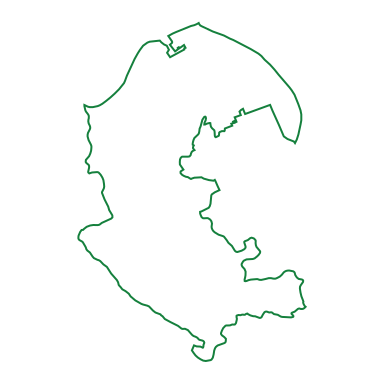 outline of Hoa Lu, Ninh Bình, Vietnam
{"feature_id": "81297802B36566531846362", "entity_name": "Hoa Lu", "entity_type": "district", "adm_level": 2, "iso_a3": "VNM", "parent_name": "Vietnam", "parent_adm1": "Ninh Bình", "projection": "orthographic", "projection_center": [105.938, 20.25], "detail": "fine", "context": "isolated", "style": "outline", "palette": "green", "viewbox_px": 384, "rotation_deg": 0, "n_neighbors": 0, "source": "geoboundaries", "source_scale": "gbopen_adm2", "svg_char_len": 6000}
<svg xmlns="http://www.w3.org/2000/svg" viewBox="0 0 384 384"><path d="M81.6,230.0L80.2,231.9L78.6,235.6L78.4,237.0L78.4,238.4L78.8,239.4L79.5,240.1L82.0,241.5L82.8,242.2L85.1,246.1L85.8,247.4L86.4,249.3L87.4,250.6L89.9,252.5L92.6,256.6L93.9,258.1L97.4,259.8L98.8,260.2L100.3,261.1L103.4,264.4L106.9,266.9L111.2,273.6L116.9,280.1L118.1,282.3L118.7,284.9L119.3,285.7L120.6,287.1L122.3,289.3L125.5,291.1L128.8,293.7L130.6,296.4L135.3,300.4L141.4,303.9L143.0,304.5L147.4,305.7L149.1,306.5L153.0,310.6L155.4,312.5L160.5,314.4L161.0,315.2L162.6,316.3L164.8,319.0L170.7,322.2L178.1,325.9L181.5,328.6L182.4,328.9L185.0,328.8L187.9,330.1L192.0,334.8L193.5,336.0L195.7,336.8L197.4,337.8L198.7,339.3L199.4,339.8L202.5,340.6L203.4,341.1L203.9,341.6L204.3,342.8L203.5,344.9L203.4,346.5L203.1,347.5L202.8,347.7L200.4,346.6L196.6,346.4L194.0,345.4L191.9,350.4L193.6,352.9L195.5,355.4L197.8,357.5L200.6,359.3L203.2,360.6L205.8,361.0L210.7,360.1L211.5,359.6L212.8,357.7L213.6,354.5L214.2,350.6L215.0,348.3L215.9,346.9L217.6,345.5L224.3,343.1L225.1,342.6L225.6,341.9L225.8,340.8L225.9,338.8L224.3,337.1L221.9,335.3L221.0,333.9L221.0,333.2L221.8,330.9L223.2,328.1L225.4,325.8L226.1,325.5L230.0,325.4L232.2,324.5L234.2,324.6L235.0,324.4L236.0,323.0L236.7,320.1L236.9,318.7L236.6,317.6L236.5,315.9L236.9,315.5L238.6,315.0L240.5,315.2L241.9,314.7L243.0,314.6L244.0,314.8L245.0,314.7L246.3,313.8L247.5,313.6L247.9,314.1L250.4,315.4L253.1,316.2L255.2,316.3L259.5,317.9L260.6,317.8L261.5,317.2L263.0,314.4L264.5,312.2L265.4,311.7L266.1,311.6L266.8,311.6L269.2,312.5L270.9,312.3L271.8,312.4L274.0,314.1L277.8,314.8L280.6,316.5L282.0,316.9L291.1,317.4L293.1,316.9L293.3,316.7L293.4,316.1L292.9,315.3L291.8,314.2L291.5,313.7L291.5,313.2L292.0,312.7L294.6,311.7L295.7,310.8L297.8,309.0L298.4,308.7L299.3,308.5L301.0,309.0L302.9,308.9L304.2,308.2L305.6,306.8L304.6,305.9L303.6,304.0L303.2,302.8L303.2,302.1L303.4,301.7L303.0,300.4L301.4,296.3L300.5,292.5L300.1,289.9L299.9,288.4L300.0,286.8L300.7,285.3L303.0,282.0L303.2,280.8L302.8,280.0L301.9,279.5L298.6,278.9L296.8,277.4L295.3,275.1L294.7,272.8L294.3,272.1L293.8,271.7L293.2,271.3L289.1,270.5L287.6,270.6L286.2,270.9L285.1,271.4L283.8,272.3L281.8,274.8L279.8,276.6L277.1,278.0L275.6,278.6L274.8,278.7L273.2,278.6L270.9,278.1L268.9,278.1L265.5,279.0L261.3,279.9L259.4,279.8L257.5,279.1L256.7,279.1L250.9,279.6L248.7,280.1L246.5,281.0L245.3,281.2L244.7,281.0L244.6,279.4L245.1,277.5L245.5,275.3L245.6,271.6L244.5,269.0L242.4,266.7L241.8,265.6L241.6,264.4L241.7,263.9L243.0,261.6L243.8,260.7L246.5,259.4L252.8,259.0L254.6,258.4L257.1,256.4L258.7,254.8L260.0,252.9L260.2,251.8L259.9,251.0L256.5,246.9L255.9,245.3L255.6,243.1L255.7,240.8L255.5,240.2L254.1,238.6L253.0,238.1L251.6,237.7L250.3,238.1L247.8,240.1L244.9,241.2L244.3,241.8L244.3,242.6L245.5,246.3L245.6,247.1L245.4,247.9L245.0,248.4L244.3,249.2L241.6,250.7L237.4,252.0L236.2,251.8L234.9,250.8L231.9,245.9L228.4,242.8L226.8,240.3L224.2,236.9L223.6,236.4L222.6,236.0L218.6,234.7L214.7,232.3L213.6,231.3L212.9,230.5L212.2,229.2L211.7,227.9L211.6,226.5L212.0,223.6L211.4,221.3L210.5,220.0L209.8,219.3L208.2,218.3L207.3,218.1L203.7,218.3L203.0,218.2L202.4,217.8L201.5,217.0L200.5,214.6L200.1,213.3L200.1,211.8L201.3,211.5L208.7,207.8L209.7,206.3L210.5,203.8L211.3,195.4L211.8,194.4L214.8,192.3L219.5,190.1L217.7,186.3L215.4,181.0L214.8,179.9L213.5,180.7L209.0,180.1L203.7,178.6L201.5,177.3L194.4,177.7L191.9,178.5L191.3,178.9L190.7,178.9L187.8,177.1L186.0,176.8L184.1,176.0L182.2,174.9L180.6,173.2L180.5,171.9L180.7,171.4L183.4,169.6L179.9,164.5L179.8,162.0L180.0,159.5L180.7,157.9L181.6,157.0L182.1,156.7L187.8,156.7L189.5,156.4L190.6,155.2L191.0,153.5L191.8,151.8L192.7,151.0L194.5,150.1L193.1,148.4L193.0,147.6L193.2,146.6L193.8,145.4L192.7,144.7L192.7,143.6L193.0,141.9L193.6,139.8L194.4,138.0L198.1,134.5L198.8,133.5L199.3,131.4L199.6,128.7L200.6,126.4L202.4,119.7L204.2,117.0L205.1,116.6L205.6,116.9L206.0,118.2L205.6,120.4L204.5,122.8L204.3,124.5L205.1,124.5L207.0,123.6L209.5,123.0L210.3,123.1L210.6,125.3L211.0,126.8L212.1,128.3L214.3,130.3L214.6,131.8L214.8,135.7L215.0,136.5L215.4,137.0L215.8,137.2L218.7,135.8L219.0,135.1L219.2,132.6L219.8,132.0L222.0,131.1L224.4,131.1L224.7,130.6L224.9,128.5L232.2,125.7L231.3,123.7L233.5,123.1L233.0,121.7L234.5,120.9L235.2,122.5L236.5,121.8L234.7,117.3L240.8,115.1L239.5,111.6L241.0,110.0L243.0,108.8L245.1,114.0L270.1,104.9L272.4,110.5L278.9,124.9L283.8,136.4L287.5,139.0L293.9,141.5L295.0,143.1L296.8,139.5L298.4,134.5L300.6,124.2L301.3,120.3L301.3,116.7L301.3,114.4L300.5,110.3L298.3,104.1L294.5,94.7L291.7,90.3L289.5,87.4L278.5,74.6L274.5,69.6L270.1,64.7L264.6,59.7L261.4,56.0L258.4,53.6L250.6,49.0L233.3,40.0L229.9,38.6L223.9,35.5L212.8,31.5L201.8,26.3L200.3,25.5L199.1,24.0L198.7,23.0L196.6,24.2L194.2,25.2L191.0,26.0L176.2,32.0L172.6,33.6L168.3,36.0L171.9,41.2L172.2,42.1L171.9,43.0L169.9,44.7L175.1,51.4L178.0,49.2L177.7,47.9L178.8,47.2L179.5,48.2L184.0,45.0L185.5,47.8L184.2,48.4L184.3,49.5L170.1,57.2L167.1,52.8L168.9,49.8L166.8,45.7L164.1,44.5L161.3,42.3L159.8,40.6L149.7,41.7L147.4,42.6L143.1,45.7L139.9,50.0L137.8,53.3L134.6,59.0L126.9,75.7L125.0,80.9L124.0,83.1L119.1,89.2L114.6,93.7L110.5,97.4L105.8,101.2L102.3,103.8L99.7,105.3L97.7,106.1L93.0,107.1L89.6,107.1L87.9,106.7L84.4,105.0L84.4,106.1L85.3,110.1L85.9,111.5L87.9,114.1L88.5,115.1L88.8,116.0L88.8,118.1L88.4,119.8L88.3,121.5L88.7,123.5L89.8,125.7L90.2,127.1L90.2,128.2L89.8,129.4L88.0,132.9L87.6,134.8L87.6,136.5L88.6,140.1L90.9,144.6L91.4,146.1L91.4,147.7L91.1,150.7L90.3,153.5L89.1,156.2L85.9,159.9L85.7,161.9L86.2,162.8L87.2,163.7L88.6,164.8L89.1,166.0L89.1,167.6L88.2,171.7L88.3,172.5L89.3,173.4L92.0,172.5L97.0,172.1L97.9,172.2L98.8,172.7L100.7,174.8L102.4,177.6L103.4,180.1L104.0,184.0L104.2,186.7L103.8,188.5L102.0,192.1L102.0,192.9L104.6,199.5L108.2,206.6L109.2,210.1L112.2,215.1L112.4,215.8L112.4,216.6L112.4,217.4L111.2,218.6L101.8,222.9L99.6,224.6L98.8,224.9L97.6,225.1L93.3,225.0L90.1,225.5L86.7,226.8L84.0,228.9L83.2,229.8L81.6,230.0Z" fill="none" stroke="#15803d" stroke-width="2"/></svg>